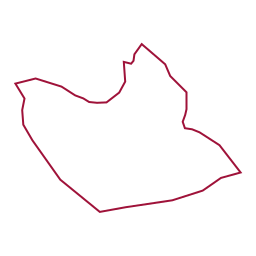 the Municipality of Velike Lašče
{"feature_id": "SVN-1000", "entity_name": "Velike Lašče", "entity_type": "Municipality", "adm_level": 1, "iso_a3": "SVN", "parent_name": "Slovenia", "parent_adm1": "", "projection": "robinson", "projection_center": [14.586, 45.849], "detail": "fine", "context": "isolated", "style": "outline", "palette": "rose", "viewbox_px": 256, "rotation_deg": 0, "n_neighbors": 0, "source": "natural_earth", "source_scale": "10m", "svg_char_len": 541}
<svg xmlns="http://www.w3.org/2000/svg" viewBox="0 0 256 256"><path d="M32.4,140.3L23.3,124.7L22.2,110.1L24.5,98.5L15.4,83.6L35.6,78.5L61.5,86.6L75.2,95.4L83.3,98.4L89.1,102.0L97.0,102.8L106.5,102.4L119.2,92.6L125.2,81.6L123.8,61.9L131.1,63.7L133.5,60.8L134.4,54.3L141.7,44.1L165.2,64.3L170.2,76.0L186.5,92.3L186.5,109.2L185.2,114.9L182.7,121.8L184.9,128.2L192.1,129.3L199.5,132.3L219.5,145.2L240.6,172.5L221.0,177.9L202.7,190.6L172.3,200.3L125.8,207.2L99.8,211.9L60.3,179.7L32.4,140.3Z" fill="none" stroke="#9f1239" stroke-width="2"/></svg>